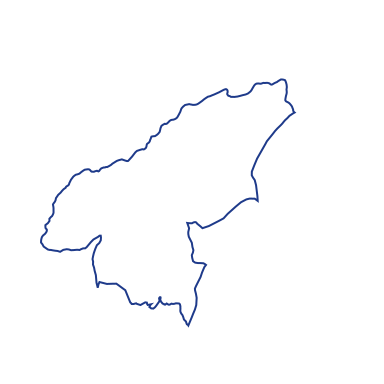 Camocuautla, Puebla, Mexico, rotated 46°
{"feature_id": "50627088B78177110012738", "entity_name": "Camocuautla", "entity_type": "district", "adm_level": 2, "iso_a3": "MEX", "parent_name": "Mexico", "parent_adm1": "Puebla", "projection": "equal_earth", "projection_center": [-97.753, 20.035], "detail": "fine", "context": "isolated", "style": "outline", "palette": "blue", "viewbox_px": 384, "rotation_deg": 46, "n_neighbors": 0, "source": "geoboundaries", "source_scale": "gbopen_adm2", "svg_char_len": 5386}
<svg xmlns="http://www.w3.org/2000/svg" viewBox="0 0 384 384"><g transform="rotate(46 192 192)"><path d="M123.2,168.0L123.7,169.1L124.2,170.3L125.3,171.9L126.3,173.5L126.6,175.9L126.5,177.7L126.1,179.8L124.8,181.4L124.0,182.7L124.4,183.6L124.9,184.5L125.4,185.8L126.1,187.0L126.5,188.4L126.2,190.9L126.7,192.0L127.4,192.8L128.2,194.3L128.2,195.9L127.9,197.1L126.7,198.0L125.5,200.3L124.8,201.8L124.2,203.0L124.1,205.1L124.5,207.9L124.9,210.5L125.1,213.5L125.3,216.3L124.7,217.2L123.0,218.2L119.8,219.8L118.3,222.5L117.4,224.5L116.9,226.9L116.3,229.7L116.3,231.1L115.9,233.0L115.4,234.8L115.1,235.7L114.3,236.5L113.8,237.7L113.0,238.5L112.6,239.4L112.0,240.8L112.0,241.7L112.1,243.0L112.4,244.2L112.1,245.1L110.7,245.6L110.3,246.4L109.8,247.2L109.3,248.5L107.7,250.0L107.0,250.2L105.9,250.1L105.1,250.1L104.3,250.3L103.4,251.0L102.2,252.6L101.4,253.8L101.0,255.8L100.7,258.1L100.6,260.2L99.8,262.0L98.9,263.5L98.6,265.1L98.5,266.8L99.1,270.5L99.9,272.7L100.4,274.1L100.9,274.9L101.2,275.6L101.2,276.6L101.1,277.3L100.8,278.3L100.8,279.1L101.2,280.1L101.0,281.0L100.9,281.8L100.8,282.6L100.9,284.7L101.2,287.0L101.1,290.2L101.7,293.0L101.9,294.1L103.1,295.8L103.7,297.3L104.1,299.8L104.4,300.7L105.3,301.3L106.5,302.1L107.5,302.9L108.3,303.7L109.7,305.0L110.8,306.1L111.5,307.5L112.1,309.3L112.0,311.0L112.2,313.2L113.8,314.6L114.0,315.7L114.3,317.4L114.1,319.1L114.0,320.5L115.5,321.9L116.5,322.5L118.1,322.5L119.1,323.4L119.7,324.8L120.0,326.7L119.8,329.5L120.2,331.4L121.4,333.4L122.4,334.6L123.5,335.7L125.7,335.9L128.2,336.6L130.8,336.1L133.3,335.6L134.7,334.7L135.6,333.8L137.2,332.7L139.2,331.2L141.0,329.7L143.4,328.4L143.7,327.1L144.2,324.8L146.1,321.9L147.8,320.5L149.9,319.4L151.3,317.8L153.3,315.3L154.2,314.3L155.6,313.2L156.0,311.7L156.9,309.5L158.3,308.0L158.5,306.2L158.2,303.3L157.8,299.6L157.7,295.9L158.2,293.9L159.0,290.8L159.2,288.8L160.0,288.0L161.5,289.1L163.4,291.2L164.3,294.2L164.2,297.4L165.7,301.0L166.8,303.2L167.9,305.3L169.5,307.8L171.2,310.2L173.4,311.5L175.4,313.6L178.4,315.0L181.1,316.8L185.0,318.9L190.9,323.7L195.4,326.3L193.5,323.5L192.5,321.1L199.0,317.1L203.5,312.1L204.2,311.4L205.4,310.1L208.1,309.6L210.5,309.2L214.1,308.6L216.3,308.2L228.5,313.1L230.0,313.0L230.6,313.2L231.1,312.8L232.1,311.7L232.4,311.0L233.3,309.5L234.1,309.4L237.5,307.6L238.9,302.3L240.2,301.3L241.4,302.1L242.5,302.3L244.3,299.5L244.3,300.1L245.1,302.5L247.4,302.2L249.0,300.8L249.2,298.8L249.0,296.9L247.9,291.1L246.2,289.9L245.6,289.5L245.4,288.9L245.4,288.1L245.8,287.8L246.2,288.0L246.7,288.6L247.2,289.5L247.4,289.8L248.2,289.9L248.9,290.4L249.6,290.5L250.0,290.5L250.8,290.5L251.4,290.7L252.3,290.5L253.0,290.0L253.6,290.1L254.1,289.8L254.5,289.3L254.5,288.4L254.6,287.7L255.3,287.5L256.6,287.2L257.3,286.6L257.7,285.7L258.0,284.4L258.6,284.0L258.9,283.8L259.6,283.1L260.2,282.3L260.9,280.9L262.0,279.9L262.5,279.4L263.4,278.7L264.2,278.7L264.4,278.7L266.1,279.7L267.0,280.6L267.7,281.2L268.2,281.7L269.1,282.7L270.1,283.5L272.0,284.2L273.6,284.3L274.7,284.7L275.5,285.0L275.9,285.2L276.3,285.4L277.1,285.8L278.0,286.3L279.3,286.4L280.0,286.3L280.6,286.3L281.4,286.5L282.2,287.0L283.0,287.3L283.6,287.6L284.0,287.4L284.5,287.2L285.5,287.4L282.0,279.3L280.4,275.8L278.6,271.6L276.3,267.5L271.4,262.2L268.0,259.9L264.8,258.1L263.5,257.0L262.4,254.3L260.5,248.9L259.1,244.9L256.9,240.7L254.6,235.3L254.2,232.6L252.8,232.8L251.2,233.3L249.0,235.3L247.1,237.2L245.0,238.8L242.5,239.3L239.5,237.6L237.3,236.0L236.2,233.4L234.8,231.4L231.9,229.9L228.4,227.4L222.0,225.4L219.7,223.9L218.2,222.5L216.1,219.3L211.0,216.9L212.5,215.7L213.9,214.3L214.5,213.7L214.8,212.5L215.2,211.5L216.0,210.5L216.9,210.1L218.4,210.3L222.4,209.8L225.3,209.6L228.2,203.5L231.5,192.6L232.9,187.6L232.5,181.5L232.9,170.7L233.4,163.8L235.1,158.0L236.8,155.1L240.4,151.5L244.0,150.9L240.5,147.9L231.6,141.2L227.0,138.6L223.9,138.1L221.5,137.4L218.9,134.8L216.0,128.5L213.2,122.0L208.5,106.0L207.5,102.9L206.4,93.9L205.8,89.8L205.6,86.5L205.6,81.7L205.5,79.5L205.2,77.3L205.0,75.1L205.1,72.1L204.9,68.9L205.2,67.3L205.6,64.9L206.1,63.0L205.4,63.1L203.9,62.8L202.8,61.9L201.5,61.4L200.2,60.8L198.9,60.5L197.8,60.4L196.1,60.3L194.6,60.5L193.3,61.0L192.0,61.4L190.9,61.2L190.3,60.6L189.6,59.7L188.2,57.7L187.0,55.7L186.3,54.8L185.2,53.8L184.0,52.9L182.4,50.9L180.5,49.4L178.4,48.2L176.3,47.4L175.0,48.0L173.9,48.8L172.8,49.9L172.5,51.2L172.1,52.9L171.9,54.6L171.3,56.0L171.0,57.0L170.9,57.3L170.6,58.7L170.2,60.0L169.4,60.6L168.4,60.8L167.7,60.8L167.1,61.2L166.3,61.6L165.7,62.1L164.9,63.0L164.1,64.0L163.3,64.6L162.7,65.6L162.3,66.6L161.8,67.4L161.1,68.0L159.9,69.0L158.8,70.4L158.5,71.8L158.6,73.3L159.0,74.8L159.5,76.6L160.0,78.2L160.3,79.9L160.2,81.5L160.0,83.4L159.1,85.7L157.6,88.2L156.3,90.6L154.9,93.0L153.1,95.4L150.6,97.9L149.4,98.2L148.8,98.5L148.0,99.0L146.3,98.8L145.6,98.2L145.3,97.7L145.0,97.1L144.5,96.6L143.9,96.1L143.1,95.8L142.4,95.8L141.6,96.1L141.1,96.9L140.5,98.3L139.1,103.2L137.3,108.2L136.3,110.6L135.7,112.3L134.5,114.4L134.0,117.0L133.7,118.9L133.5,121.6L133.1,124.3L132.8,126.2L132.3,127.8L131.5,129.1L130.3,130.5L129.6,131.1L128.8,131.6L127.9,132.3L126.8,133.0L125.9,134.5L125.3,135.4L124.6,136.6L124.4,139.2L124.6,141.6L126.2,144.8L127.4,148.4L127.8,149.8L128.1,151.0L128.0,152.5L127.7,153.7L127.0,155.2L126.2,156.2L125.7,157.0L125.3,158.6L125.4,160.3L125.4,162.4L124.9,163.6L124.0,164.2L123.5,166.0L123.2,168.0Z" fill="none" stroke="#1e3a8a" stroke-width="2"/></g></svg>